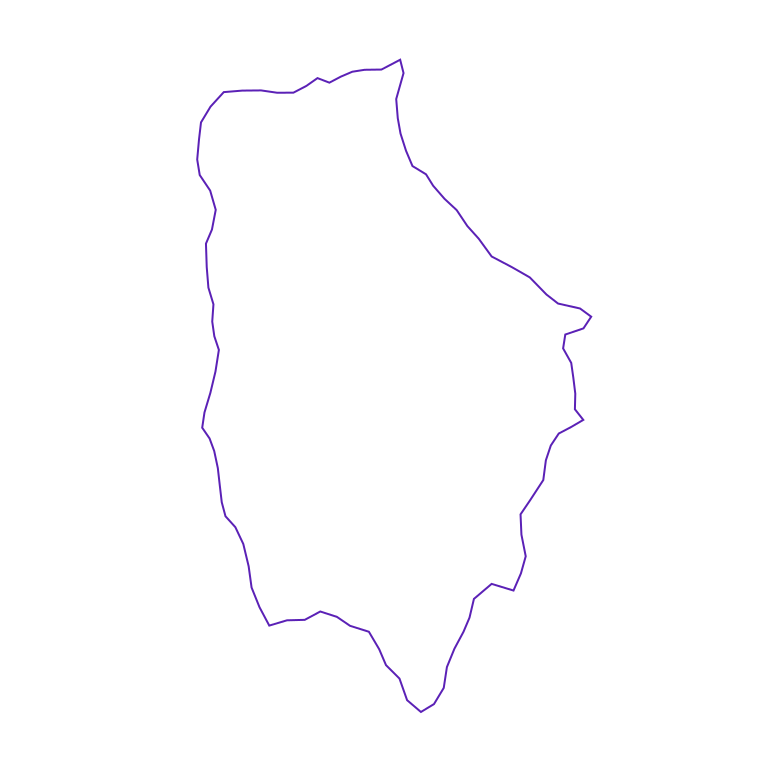 Córrego Fundo, Minas Gerais, Brazil (Natural Earth projection), rotated 184°
{"feature_id": "56859067B51911600975572", "entity_name": "Córrego Fundo", "entity_type": "district", "adm_level": 2, "iso_a3": "BRA", "parent_name": "Brazil", "parent_adm1": "Minas Gerais", "projection": "natural_earth1", "projection_center": [-45.534, -20.449], "detail": "fine", "context": "isolated", "style": "outline", "palette": "violet", "viewbox_px": 768, "rotation_deg": 184, "n_neighbors": 0, "source": "geoboundaries", "source_scale": "gbopen_adm2", "svg_char_len": 1384}
<svg xmlns="http://www.w3.org/2000/svg" viewBox="0 0 768 768"><g transform="rotate(184 384 384)"><path d="M303.2,85.0L301.5,106.0L295.3,124.8L287.4,142.4L282.4,156.9L279.3,175.9L262.7,192.1L240.4,187.0L234.2,204.6L230.6,222.0L236.4,243.3L238.7,263.5L230.1,278.3L218.4,299.3L217.2,319.2L213.3,334.3L206.2,346.8L194.4,354.1L182.7,362.1L191.8,372.1L192.5,387.7L195.6,403.6L198.7,418.1L207.8,432.0L206.6,446.0L188.9,453.4L182.0,465.6L193.7,473.0L216.0,476.4L228.2,484.6L246.0,500.5L264.4,509.4L285.5,518.7L299.6,535.5L311.9,547.4L323.6,562.5L336.6,573.0L348.8,585.2L356.7,596.1L370.8,603.4L378.3,618.2L385.0,635.0L388.8,650.1L391.7,669.1L386.2,695.5L390.5,708.6L408.5,697.5L425.2,696.1L437.4,693.3L448.5,687.6L459.5,680.8L471.7,684.5L482.3,675.9L494.7,668.3L511.0,667.1L527.1,668.3L545.8,666.8L564.2,664.0L576.4,648.6L584.8,632.2L585.6,615.1L586.0,594.9L582.4,579.6L570.9,564.8L564.0,546.0L566.4,526.1L571.4,511.6L569.0,488.3L565.9,467.9L559.7,451.6L559.7,434.3L556.6,419.8L551.1,406.5L553.0,384.6L556.6,363.0L561.1,343.1L562.3,327.7L554.2,317.5L548.7,305.3L543.9,288.5L540.8,271.7L537.6,254.7L532.9,241.0L522.3,230.8L513.2,214.6L506.3,192.7L501.9,171.7L492.6,152.6L481.6,135.0L464.3,141.5L446.6,143.2L431.7,152.6L414.7,148.4L401.0,140.4L381.8,135.8L370.3,119.1L362.4,103.7L348.0,91.2L338.9,70.2L324.3,59.4L311.8,68.2L303.2,85.0Z" fill="none" stroke="#5b21b6" stroke-width="2"/></g></svg>